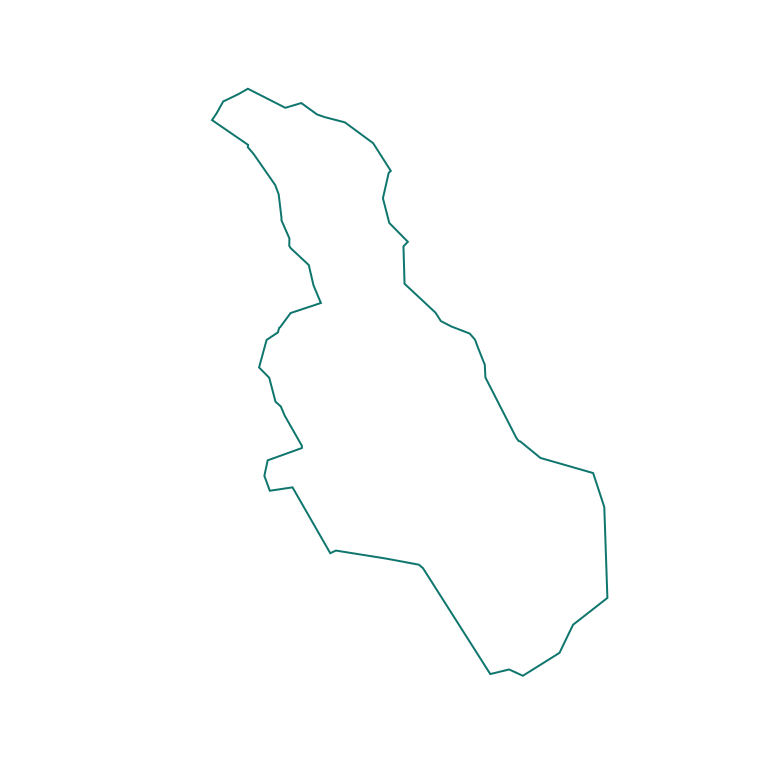 Okobo, Akwa Ibom, Nigeria, rotated 137°
{"feature_id": "59680162B18997887117478", "entity_name": "Okobo", "entity_type": "district", "adm_level": 2, "iso_a3": "NGA", "parent_name": "Nigeria", "parent_adm1": "Akwa Ibom", "projection": "robinson", "projection_center": [8.124, 4.821], "detail": "fine", "context": "isolated", "style": "outline", "palette": "teal", "viewbox_px": 768, "rotation_deg": 137, "n_neighbors": 0, "source": "geoboundaries", "source_scale": "gbopen_adm2", "svg_char_len": 1095}
<svg xmlns="http://www.w3.org/2000/svg" viewBox="0 0 768 768"><g transform="rotate(137 384 384)"><path d="M504.1,99.4L487.2,89.9L481.4,75.9L439.0,67.7L409.9,79.0L366.5,75.2L306.8,143.8L291.8,176.2L320.0,223.2L323.5,249.0L324.4,250.4L324.0,254.3L305.4,319.6L297.1,329.4L295.4,333.9L289.4,349.2L287.6,353.3L287.2,354.6L286.9,362.4L295.5,380.1L299.5,391.2L297.7,401.0L300.6,443.3L275.9,471.4L269.6,471.7L270.3,498.2L258.1,520.6L236.4,535.3L233.7,535.2L227.7,567.5L234.2,602.1L245.4,619.7L249.1,626.7L252.9,645.9L267.8,653.3L282.2,692.8L292.1,695.1L307.4,699.8L308.9,700.3L321.9,696.1L329.8,694.3L320.3,651.5L322.1,650.1L322.5,640.9L327.9,603.7L331.7,594.5L345.9,575.1L347.3,573.8L353.9,555.0L359.1,549.6L359.6,547.0L357.9,522.3L368.3,504.2L374.9,486.3L403.9,499.6L421.1,496.4L422.5,496.5L426.4,494.1L439.8,496.3L464.1,481.3L463.7,466.8L475.4,445.1L474.8,437.9L478.2,428.6L486.2,394.8L487.7,393.2L488.0,393.3L521.1,407.5L533.9,398.6L534.2,398.3L540.3,383.8L521.4,370.8L538.7,296.9L532.8,295.0L501.7,255.1L481.7,228.0L481.1,222.7L504.1,99.4Z" fill="none" stroke="#0f766e" stroke-width="2"/></g></svg>